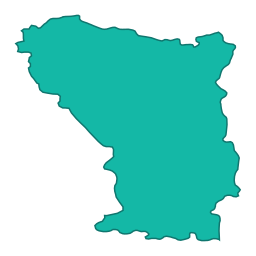 Stowbtsy, Minsk, Belarus (Robinson projection)
{"feature_id": "67162791B19818766020383", "entity_name": "Stowbtsy", "entity_type": "district", "adm_level": 2, "iso_a3": "BLR", "parent_name": "Belarus", "parent_adm1": "Minsk", "projection": "robinson", "projection_center": [26.677, 53.605], "detail": "fine", "context": "isolated", "style": "filled", "palette": "teal", "viewbox_px": 256, "rotation_deg": 0, "n_neighbors": 0, "source": "geoboundaries", "source_scale": "gbopen_adm2", "svg_char_len": 4454}
<svg xmlns="http://www.w3.org/2000/svg" viewBox="0 0 256 256"><path d="M218.4,32.2L217.3,32.7L214.9,33.2L212.7,34.0L209.5,35.1L206.6,35.1L204.6,35.8L202.3,36.5L200.2,36.8L198.2,37.0L196.3,37.8L195.9,39.4L196.4,41.3L197.8,42.1L199.2,42.6L199.2,43.8L198.3,45.1L196.2,46.4L195.0,47.0L193.6,46.9L193.2,45.7L192.6,44.8L190.7,44.5L189.5,44.5L187.5,44.6L186.1,44.6L184.8,44.8L183.1,45.0L181.5,45.0L180.3,44.1L180.0,42.6L179.7,40.1L179.1,39.3L177.2,38.9L174.9,39.4L172.1,40.3L170.2,40.6L169.0,40.3L167.0,39.7L164.8,39.6L163.7,40.2L162.1,40.9L161.0,40.8L158.4,40.2L156.5,39.6L154.2,38.8L151.4,37.8L148.1,37.2L145.3,36.7L142.4,36.3L139.9,35.9L138.5,35.7L136.5,33.7L135.9,32.6L135.0,31.1L132.9,30.1L128.7,29.3L127.1,29.3L122.5,29.4L120.0,29.3L118.3,28.8L115.0,27.3L112.7,27.4L110.7,27.9L108.4,28.6L106.7,29.1L104.3,29.3L102.4,29.1L100.0,28.3L97.1,27.2L93.3,25.7L91.3,24.8L89.0,23.9L87.2,23.1L84.5,22.2L82.5,21.5L81.0,20.7L79.6,19.1L79.6,17.3L79.6,16.2L78.5,15.4L76.8,15.4L74.3,15.9L71.0,16.3L69.2,16.4L65.8,16.5L63.0,16.8L63.0,17.0L59.1,18.3L56.5,18.5L52.9,18.5L50.4,19.1L48.2,20.8L46.3,22.8L44.2,24.2L40.5,27.8L38.4,28.3L35.8,26.2L31.5,25.4L29.7,27.7L29.1,29.0L27.0,29.0L24.0,29.0L21.5,30.8L23.2,32.3L23.4,35.0L23.4,38.3L23.9,41.1L18.0,42.4L15.8,43.6L17.3,45.2L17.9,45.9L18.5,49.0L17.7,51.5L21.7,52.5L24.2,52.1L28.5,52.1L31.0,53.1L31.5,55.8L29.3,57.6L29.1,59.1L28.5,61.6L30.4,63.6L30.4,66.5L28.5,68.0L29.3,71.7L31.5,76.2L33.6,78.5L36.9,83.1L38.8,83.9L39.1,86.8L39.9,89.7L42.9,92.2L46.9,93.0L52.9,94.0L57.8,94.2L60.3,96.3L60.0,98.8L60.0,101.0L58.1,103.1L59.2,106.0L60.0,106.5L62.7,107.9L64.9,107.9L69.0,108.3L71.4,112.8L76.3,118.6L80.9,123.2L85.3,127.4L89.6,132.3L94.0,136.9L98.3,141.4L100.9,143.7L103.4,145.7L106.2,146.6L109.5,146.6L112.4,147.1L113.5,149.3L113.5,151.1L113.3,154.4L113.7,156.6L112.4,157.9L109.5,160.3L106.3,162.7L104.6,164.9L103.7,167.1L104.6,168.9L106.7,169.3L110.0,170.1L112.4,171.1L114.5,172.8L115.6,173.9L116.8,177.0L117.0,178.9L116.4,183.3L114.9,185.6L114.5,188.2L114.8,191.3L115.7,194.5L116.2,197.0L119.6,202.2L123.0,206.8L123.0,210.4L117.4,213.3L106.8,215.6L104.6,215.5L104.8,217.8L103.3,219.9L102.5,221.3L100.6,221.9L98.5,222.7L96.7,223.8L94.9,225.6L95.7,228.6L97.0,229.9L99.1,230.8L103.3,231.6L106.3,231.6L109.1,231.2L111.0,230.6L112.9,229.5L115.4,229.5L117.6,229.9L119.2,231.4L119.9,232.5L122.8,233.7L124.7,233.9L127.1,233.8L130.0,233.3L131.9,232.2L133.3,231.1L135.8,230.3L137.4,230.4L141.2,231.6L143.3,231.4L145.3,231.4L146.8,232.1L148.7,233.7L148.7,234.8L147.3,235.8L145.3,237.0L146.0,238.6L148.6,239.0L151.5,238.4L153.0,238.4L155.9,238.4L157.9,239.0L159.9,239.2L161.1,238.8L163.1,237.6L163.9,236.8L166.4,236.2L170.4,236.9L173.2,237.8L175.6,238.4L178.0,239.8L180.7,240.2L183.5,239.6L185.5,239.1L188.1,238.3L189.6,237.2L189.7,235.6L189.6,234.0L190.2,232.9L190.9,232.6L193.3,232.8L194.9,233.2L195.7,234.1L196.4,235.9L196.7,237.5L197.1,238.6L198.3,239.7L201.7,240.6L203.9,240.6L207.7,240.4L209.8,239.9L211.4,239.2L213.4,238.6L216.2,238.7L218.9,239.4L219.4,239.8L219.3,237.0L219.0,230.8L219.1,227.5L219.4,222.9L220.1,220.7L220.0,218.7L220.0,218.3L219.5,216.5L218.5,215.5L216.8,214.8L214.0,214.3L211.7,213.9L210.5,212.5L210.7,211.3L211.8,210.5L213.6,209.7L214.6,208.6L215.4,206.3L215.4,205.1L216.0,203.2L218.4,201.2L221.6,199.8L223.3,198.5L223.9,197.5L224.8,196.2L227.2,195.3L229.8,195.2L231.7,195.6L233.4,196.5L236.2,196.8L238.5,195.8L237.8,194.0L238.0,192.7L239.2,191.4L240.2,189.8L239.3,188.5L237.5,186.6L235.2,185.0L234.5,182.7L234.2,180.2L234.5,176.4L235.3,173.3L236.5,171.0L237.8,169.4L237.9,167.8L238.7,161.0L239.2,158.0L238.3,155.7L237.0,153.8L235.5,151.9L234.3,150.6L233.9,148.0L233.4,144.9L232.3,142.7L230.6,141.7L228.2,142.0L226.2,142.1L224.4,141.5L223.0,140.3L222.9,138.8L224.2,137.3L225.2,136.3L225.9,134.9L226.3,131.6L227.0,124.7L226.8,118.9L226.2,117.3L224.4,115.8L223.3,114.6L222.3,112.9L221.8,110.9L221.3,108.5L220.9,105.7L220.8,104.1L220.2,102.2L221.0,99.4L222.2,98.1L224.1,97.1L225.5,96.1L226.5,94.6L226.8,92.9L225.2,91.1L222.9,89.7L220.9,88.7L218.3,86.2L216.5,84.2L215.5,82.4L216.1,80.9L217.7,79.5L219.1,78.4L219.6,77.5L220.4,74.5L221.1,72.1L222.1,69.7L223.8,67.6L226.6,65.6L228.3,64.5L229.5,62.9L229.9,61.4L230.4,59.8L231.2,58.3L232.0,56.3L232.8,54.5L232.9,53.1L232.7,51.6L233.6,49.9L234.7,48.8L235.4,47.6L235.3,45.9L234.4,45.2L233.3,44.4L231.5,44.1L230.3,44.0L228.1,43.6L225.7,42.8L224.2,41.8L223.0,40.5L223.0,37.8L222.2,35.5L221.6,34.7L220.2,33.5L218.4,32.2Z" fill="#14b8a6" stroke="#0f766e" stroke-width="1.5"/></svg>